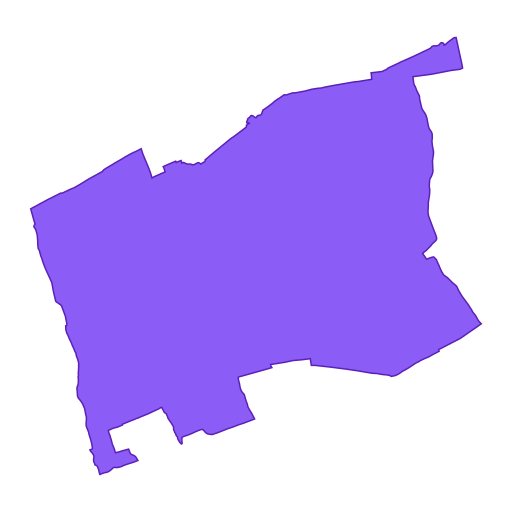 Draguseni, Iasi, Romania (orthographic projection)
{"feature_id": "2599482B87373690339338", "entity_name": "Draguseni", "entity_type": "district", "adm_level": 2, "iso_a3": "ROU", "parent_name": "Romania", "parent_adm1": "Iasi", "projection": "orthographic", "projection_center": [27.486, 46.891], "detail": "fine", "context": "isolated", "style": "filled", "palette": "violet", "viewbox_px": 512, "rotation_deg": 0, "n_neighbors": 0, "source": "geoboundaries", "source_scale": "gbopen_adm2", "svg_char_len": 5954}
<svg xmlns="http://www.w3.org/2000/svg" viewBox="0 0 512 512"><path d="M391.2,376.4L395.2,375.6L397.4,374.6L399.2,373.6L402.9,371.0L404.8,370.1L408.9,367.7L414.7,363.8L416.7,362.6L418.8,361.7L420.0,360.8L424.8,358.5L428.3,357.1L431.4,355.4L433.0,354.4L439.1,351.3L438.6,349.6L460.3,338.4L481.3,323.8L479.1,321.5L478.1,320.2L476.3,316.8L475.4,315.3L472.9,312.3L471.8,310.2L468.1,304.4L461.9,296.0L458.7,290.6L456.8,286.6L455.8,285.4L452.4,282.6L448.1,278.3L447.1,277.4L444.2,275.4L443.4,274.5L441.4,271.1L439.9,267.8L439.0,265.5L437.1,261.5L436.4,259.5L435.6,259.0L434.8,257.9L434.2,257.3L433.5,256.9L431.7,257.3L426.5,259.1L422.6,253.3L426.5,250.2L430.8,245.8L432.0,244.2L436.0,240.4L436.6,239.2L436.7,238.6L436.4,236.8L435.2,233.3L433.8,230.0L428.7,216.3L428.2,213.9L428.0,211.8L428.1,209.0L428.3,206.3L428.3,202.6L429.4,195.6L429.6,193.8L429.8,189.6L429.4,187.3L429.3,185.5L429.6,180.8L430.0,178.7L431.2,176.8L432.4,173.8L432.9,171.7L432.9,169.9L432.5,161.6L432.6,159.9L433.5,153.8L433.5,151.4L432.4,145.6L431.9,141.0L432.2,139.2L432.3,138.0L432.2,134.1L431.6,132.3L431.1,131.4L429.3,128.8L428.5,126.5L426.9,118.2L426.0,115.4L425.2,113.7L422.4,109.5L421.7,107.9L419.6,98.9L419.6,97.5L419.3,95.7L417.9,92.8L416.8,90.8L415.2,86.4L414.5,85.4L413.8,83.6L412.9,76.7L432.3,74.1L450.9,70.5L460.0,69.3L462.6,68.1L462.0,64.7L456.1,37.5L454.6,37.6L453.7,37.9L448.4,41.8L445.2,44.7L444.1,45.2L444.0,44.2L443.8,43.7L443.0,43.0L442.3,42.7L441.3,42.7L440.4,43.2L439.0,45.0L438.1,45.4L436.8,45.8L433.8,45.8L432.6,46.2L431.8,46.6L430.4,48.3L412.5,56.8L400.5,62.1L398.0,63.4L389.6,67.3L388.0,68.1L386.4,69.5L383.8,70.6L383.2,71.1L382.2,71.4L381.3,71.6L371.1,72.8L371.8,79.3L358.2,81.5L354.7,81.8L334.4,85.3L325.3,87.0L321.3,88.0L317.7,88.3L311.4,89.3L305.2,91.0L295.5,92.8L294.5,92.9L292.9,92.8L286.3,94.9L284.6,94.8L283.9,94.9L279.6,98.0L277.7,99.1L274.5,101.4L272.4,103.3L266.0,108.1L263.1,109.9L262.5,111.3L261.4,114.3L260.6,115.0L257.8,115.5L257.2,116.1L256.0,117.7L254.7,117.2L252.6,115.7L251.7,115.5L250.8,115.8L249.7,117.2L248.0,118.5L247.7,119.0L247.4,120.2L246.7,121.8L246.7,122.6L247.0,123.0L247.3,123.1L248.6,122.8L249.1,122.9L249.3,123.2L246.4,125.2L246.4,126.6L246.3,127.1L233.6,136.7L231.1,138.3L215.0,151.5L205.1,159.9L205.2,160.9L204.6,161.7L200.6,164.1L199.6,163.1L198.6,162.6L197.5,162.8L194.1,164.6L193.0,164.8L192.6,164.6L191.8,164.7L190.9,164.1L190.3,164.1L189.3,164.0L188.0,164.2L187.5,164.1L187.1,163.8L186.5,163.8L185.9,163.5L183.5,162.4L181.9,163.2L181.7,162.7L181.6,162.1L181.1,160.5L177.6,161.8L176.2,162.5L175.7,161.2L167.6,164.6L163.2,166.6L164.1,168.6L165.1,171.9L154.4,176.6L152.0,177.9L150.5,172.9L148.9,168.5L143.3,155.1L142.3,152.4L141.2,148.7L135.6,151.6L133.6,152.4L130.0,154.2L124.5,157.3L123.2,158.2L114.5,163.2L113.5,163.9L106.5,168.0L103.6,169.9L103.0,170.6L102.6,171.4L102.1,171.7L101.2,172.1L88.4,179.2L79.8,184.5L75.6,186.9L74.0,187.8L70.2,189.3L62.3,193.1L61.5,193.2L60.9,193.0L48.1,199.4L30.7,208.8L34.1,221.1L34.7,222.8L35.0,224.6L34.2,225.3L33.9,226.0L34.0,227.1L34.8,228.1L35.8,229.9L37.1,234.4L37.3,236.1L37.7,240.8L37.7,242.5L37.8,244.3L37.8,245.4L38.0,246.5L38.1,248.0L38.3,248.8L38.8,249.4L39.3,250.4L40.8,256.0L41.8,258.4L42.5,260.8L44.3,265.9L45.9,269.7L51.8,282.6L53.4,291.4L55.6,300.9L55.9,301.5L56.7,302.2L60.4,304.7L61.5,305.8L65.3,316.0L66.7,323.0L66.9,325.0L66.5,325.6L65.7,325.8L65.8,329.7L66.9,333.4L67.8,334.9L69.2,338.5L71.3,342.8L72.4,345.7L73.6,348.2L75.0,351.7L75.9,353.0L75.9,353.9L76.3,354.6L76.3,355.8L77.5,358.8L78.3,361.5L78.8,364.5L78.5,365.3L78.5,365.8L78.8,366.3L78.8,366.8L78.6,367.4L78.4,371.9L78.2,373.6L78.4,374.1L78.4,375.6L78.1,376.6L78.3,379.4L78.5,380.1L78.3,380.8L78.2,384.0L78.0,384.4L78.0,384.9L77.2,386.6L76.9,388.6L77.2,391.7L77.5,396.0L78.2,397.9L80.9,401.2L82.6,403.9L84.5,408.3L84.8,409.4L85.6,414.0L86.4,417.1L86.4,418.6L86.1,424.3L86.2,425.9L86.6,427.2L88.6,432.2L89.1,434.7L90.7,439.7L91.5,442.8L92.0,445.3L92.4,448.2L92.0,449.1L89.9,449.9L90.6,451.3L92.0,452.7L93.3,454.7L93.8,455.6L93.9,457.0L93.9,457.6L93.6,458.8L93.6,460.1L93.6,461.2L93.8,461.9L94.4,462.9L95.0,464.9L96.8,465.7L97.3,466.4L98.5,469.3L99.6,474.0L99.8,474.4L100.1,474.5L101.5,473.8L103.8,472.9L104.9,472.6L106.6,472.4L108.7,471.5L110.3,470.5L112.4,468.6L113.1,467.9L114.1,467.3L116.5,467.6L118.8,467.3L121.5,466.5L123.9,465.4L126.6,464.4L134.2,462.0L137.9,460.5L136.0,457.2L135.4,456.5L134.3,455.7L131.1,454.2L130.4,453.6L128.6,449.1L122.0,450.9L118.5,452.0L115.7,452.7L115.4,452.7L115.3,452.3L114.1,448.3L112.9,445.6L112.3,444.0L111.5,440.8L110.0,435.6L108.7,432.3L108.4,430.4L112.6,428.5L114.2,427.9L117.0,427.3L122.3,425.1L122.5,424.9L122.5,424.2L132.0,420.3L134.5,419.4L136.6,418.4L137.4,418.2L138.3,418.0L139.5,417.3L148.4,413.7L158.6,408.9L161.3,407.4L161.6,407.4L162.0,407.6L162.4,408.9L163.1,410.0L164.1,412.1L164.5,412.6L166.5,413.9L166.9,415.4L167.5,416.5L167.9,418.1L168.8,419.3L169.4,420.6L170.8,422.3L173.4,426.6L173.5,427.0L173.6,428.5L173.6,429.6L173.8,430.2L174.5,431.5L174.7,432.4L175.6,433.7L176.1,435.4L176.8,436.1L177.3,436.9L177.9,439.1L178.3,439.8L178.5,440.3L178.9,440.6L179.0,441.2L179.4,441.9L180.9,443.6L181.3,443.9L182.0,443.7L182.2,442.9L182.0,441.8L181.8,439.7L181.9,438.6L181.9,437.6L182.1,437.2L184.6,436.1L187.3,435.3L191.8,433.5L195.8,431.6L199.8,430.0L201.2,429.6L202.2,429.5L202.7,429.5L203.4,430.1L205.5,432.5L206.5,433.3L207.6,433.9L208.5,434.1L212.0,434.6L218.0,432.6L227.8,428.7L232.3,427.2L239.5,424.5L243.3,423.3L254.6,419.0L253.5,416.7L253.0,415.9L251.8,413.5L249.7,410.2L247.9,406.8L247.2,403.8L246.0,400.7L245.2,397.9L244.7,395.9L244.2,394.5L241.6,391.4L241.1,390.3L240.6,389.1L240.0,386.9L239.4,383.2L238.7,380.8L238.4,379.2L238.3,377.4L238.4,377.1L238.6,377.0L267.9,368.8L271.9,367.6L271.8,367.4L270.8,365.8L270.6,364.5L284.7,362.3L293.3,360.5L301.6,359.8L310.3,358.7L311.3,365.4L315.1,365.4L331.3,367.2L344.6,368.9L357.0,370.7L372.3,373.3L376.7,373.5L382.9,374.6L386.8,374.9L389.8,375.5L391.2,376.4Z" fill="#8b5cf6" stroke="#5b21b6" stroke-width="1.5"/></svg>